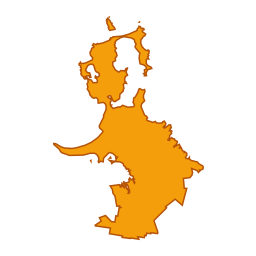 Clarence, Tasmania, Australia (Natural Earth projection), rotated 179°
{"feature_id": "25037944B57151940201314", "entity_name": "Clarence", "entity_type": "district", "adm_level": 2, "iso_a3": "AUS", "parent_name": "Australia", "parent_adm1": "Tasmania", "projection": "natural_earth1", "projection_center": [147.457, -42.874], "detail": "fine", "context": "isolated", "style": "filled", "palette": "amber", "viewbox_px": 256, "rotation_deg": 179, "n_neighbors": 0, "source": "geoboundaries", "source_scale": "gbopen_adm2", "svg_char_len": 5898}
<svg xmlns="http://www.w3.org/2000/svg" viewBox="0 0 256 256"><g transform="rotate(179 128 128)"><path d="M58.4,82.3L56.9,83.8L56.9,84.0L57.2,84.5L57.2,84.8L56.3,84.5L53.7,85.8L53.5,88.0L54.3,89.0L57.8,91.0L59.2,92.8L65.5,94.5L67.3,96.3L67.2,97.5L68.5,96.0L70.8,96.9L71.1,97.8L69.7,99.5L69.6,101.6L71.3,102.9L72.1,102.5L71.9,103.5L73.8,104.2L75.3,107.6L77.6,106.6L75.9,108.4L77.0,110.8L81.9,108.6L83.0,107.4L81.9,108.7L82.2,109.3L80.6,109.9L78.8,113.0L79.1,113.9L81.3,114.9L81.7,116.3L83.6,116.6L84.4,117.6L86.6,115.8L86.6,114.9L88.2,115.1L88.3,115.7L86.6,117.8L86.4,120.0L84.5,121.8L85.0,123.3L84.3,123.7L84.4,124.4L86.6,124.6L85.8,125.8L85.8,126.9L84.7,127.4L85.4,130.4L87.0,130.4L90.0,128.0L90.9,128.4L91.3,127.3L92.6,127.9L92.3,128.6L92.8,128.5L90.4,130.2L90.2,132.1L91.7,134.3L93.2,133.6L93.6,132.5L97.2,132.3L99.5,132.7L100.5,134.1L103.0,133.2L108.9,135.3L109.2,137.0L108.3,137.7L109.1,139.3L111.2,140.6L114.6,149.2L113.9,152.0L110.9,154.9L112.0,157.9L111.9,160.7L110.4,164.2L110.8,166.2L112.9,165.6L115.4,167.2L116.4,166.7L117.5,163.5L119.4,160.2L120.5,158.5L121.8,158.0L122.0,154.8L122.6,153.9L121.2,150.9L121.6,149.6L122.6,149.1L127.7,148.8L133.1,150.8L135.3,149.1L137.0,149.3L142.3,147.8L144.6,149.9L144.8,150.7L144.1,151.2L145.2,151.5L145.4,153.7L144.5,155.2L144.6,156.9L145.3,158.1L146.4,158.0L147.9,159.6L146.4,160.6L144.7,160.4L142.6,155.5L141.4,154.7L140.3,154.7L135.9,157.5L135.5,161.9L132.1,165.0L132.2,166.4L131.4,167.4L131.9,171.7L130.7,173.0L128.7,172.6L129.6,174.4L130.5,174.9L130.3,178.0L129.6,179.6L127.5,180.8L129.0,184.0L127.2,188.6L127.7,187.8L128.9,187.5L130.4,185.1L134.0,185.6L136.2,184.0L139.6,186.3L142.1,190.8L142.1,194.1L139.3,195.5L139.5,198.0L137.7,200.5L138.5,204.0L139.5,204.7L139.8,205.9L138.2,208.0L139.9,209.4L139.5,210.7L140.1,211.5L139.2,213.0L139.5,214.1L137.7,216.1L134.0,218.4L130.3,219.4L123.6,218.1L120.3,216.5L119.4,213.1L118.4,212.0L119.5,209.4L119.3,208.3L114.7,202.5L115.4,200.5L115.6,197.2L114.8,192.0L110.6,190.6L108.5,188.2L108.7,186.7L110.6,186.0L110.4,182.8L111.5,182.0L110.4,181.3L110.7,179.9L108.6,180.0L109.0,182.5L107.4,185.9L103.2,187.1L103.8,188.4L107.1,190.1L108.6,192.1L108.5,196.1L107.6,197.0L106.1,196.6L107.1,198.9L106.0,200.0L106.6,201.2L105.8,202.2L105.5,204.7L106.5,205.7L107.1,205.0L109.0,205.5L110.5,206.8L112.5,209.1L113.8,212.5L113.4,216.5L112.2,217.2L111.2,219.3L109.7,219.8L108.7,221.6L111.9,224.0L111.9,225.4L110.2,226.1L110.6,227.3L113.2,227.4L113.8,229.1L115.3,229.5L115.3,228.7L117.0,226.8L117.1,225.4L125.3,221.9L132.3,220.0L141.4,219.4L143.0,218.2L143.7,218.4L143.8,217.2L144.7,217.2L144.6,216.2L151.9,213.4L156.9,212.5L157.3,213.0L158.4,211.9L161.1,212.9L162.1,211.1L160.7,210.2L160.9,209.1L162.3,208.8L163.2,207.6L163.2,206.7L164.7,204.3L164.2,201.3L162.2,199.0L162.4,196.8L169.1,193.8L173.5,193.1L174.4,194.5L174.7,193.4L175.2,193.7L175.9,193.0L175.7,191.7L174.1,190.7L174.4,189.4L173.9,189.2L173.7,187.2L174.5,187.1L174.5,186.2L173.7,184.8L174.2,182.9L173.1,181.0L171.5,180.0L171.6,179.2L170.5,177.8L169.8,177.8L169.8,179.8L168.7,180.7L166.2,181.0L165.6,180.5L165.5,179.2L164.2,179.4L165.3,183.7L167.8,184.2L169.4,186.7L167.3,190.9L164.6,192.5L162.0,192.2L160.9,190.5L159.7,186.0L158.6,184.6L156.7,183.9L155.9,182.4L155.7,180.8L157.1,179.6L158.4,179.3L159.5,180.6L159.9,180.2L159.9,178.6L158.5,178.0L157.7,175.6L158.0,174.2L158.6,173.9L159.1,173.8L158.5,174.0L162.0,173.8L164.1,176.7L166.5,177.3L168.5,179.4L169.1,179.1L167.1,176.5L167.2,174.1L168.2,172.9L167.4,169.4L168.1,167.8L166.2,164.8L165.5,161.9L163.1,159.0L161.5,158.3L159.6,159.0L158.4,158.4L157.5,156.8L157.4,153.4L152.1,154.0L150.4,152.7L149.5,150.6L149.6,146.8L152.3,141.0L152.1,139.5L156.7,130.6L156.5,128.7L153.4,125.8L153.2,124.5L158.5,118.8L164.9,114.3L171.2,111.5L180.1,109.1L184.4,108.5L191.8,109.1L195.4,110.4L200.4,113.5L202.5,113.8L202.4,112.8L197.0,107.9L195.8,105.5L194.5,104.4L186.9,101.6L173.0,101.7L166.3,103.4L161.8,103.3L159.8,102.1L158.2,99.8L157.6,97.2L158.4,94.9L157.7,93.9L156.1,95.3L153.4,94.6L152.9,98.3L147.8,103.3L146.5,103.8L143.3,102.6L141.1,100.5L140.5,98.2L139.9,98.1L139.4,99.3L139.0,99.2L139.8,98.0L140.7,98.0L140.4,96.4L141.7,94.8L147.2,96.0L144.5,93.6L144.9,92.9L145.2,92.0L144.4,93.3L142.7,94.1L143.6,94.0L140.8,94.6L136.4,94.2L133.5,92.6L133.0,90.4L131.4,89.5L131.3,88.1L129.9,87.7L130.2,86.7L128.1,87.1L128.0,85.6L126.9,85.5L128.3,84.6L126.7,83.6L127.3,81.9L126.4,81.7L126.1,80.6L123.6,79.6L123.5,78.2L122.6,76.8L123.9,76.9L123.2,76.1L123.2,74.4L122.1,73.6L122.5,72.7L123.2,73.8L123.8,75.9L126.0,76.4L127.1,78.0L128.1,76.5L127.4,75.0L128.6,73.8L131.5,73.0L133.0,74.2L132.7,74.7L133.3,74.3L132.6,72.9L129.7,71.4L128.7,69.5L128.7,67.9L127.8,66.4L127.4,63.8L128.3,62.6L129.1,62.7L128.4,63.7L129.2,66.9L129.8,67.9L129.7,66.9L130.0,66.8L131.1,69.4L132.3,69.2L132.8,68.3L133.7,69.6L136.1,70.5L136.3,69.9L135.4,69.5L136.6,69.1L137.6,71.5L146.9,70.4L144.7,66.8L144.2,63.1L142.2,60.1L140.6,50.0L137.8,50.2L138.2,49.2L136.7,48.6L138.3,47.9L139.8,40.1L141.7,40.4L142.7,34.2L146.2,34.7L152.0,40.9L158.2,38.8L156.4,35.4L162.5,31.4L162.3,30.7L147.3,28.3L148.4,22.6L135.4,20.2L135.8,18.7L127.5,17.5L127.3,18.0L119.1,16.6L120.2,19.1L113.6,18.1L113.1,20.3L111.7,20.1L111.1,22.5L107.1,21.9L107.0,22.9L100.3,21.9L100.0,23.4L103.6,34.6L103.2,35.6L91.3,47.0L90.8,47.6L91.9,48.6L82.1,56.0L75.1,49.8L70.3,66.6L72.8,66.7L73.5,76.6L67.0,77.3L65.0,79.5L64.2,82.2L65.1,86.4L59.6,84.2L58.4,82.3ZM147.4,233.4L145.4,229.3L145.9,228.9L145.4,227.0L144.5,225.9L139.2,226.9L139.5,228.1L142.0,231.2L142.5,232.2L142.1,233.0L143.1,233.4L144.1,235.6L146.3,238.0L146.8,236.6L147.5,236.9L147.6,235.4L146.8,234.7L147.4,233.4ZM130.6,71.1L135.0,72.9L134.8,71.9L135.9,71.3L132.3,69.8L130.3,70.4L130.6,71.1ZM146.0,99.1L146.9,98.1L145.7,98.2L146.0,99.1ZM114.2,234.4L114.8,233.7L114.6,233.7L114.2,234.4ZM144.9,239.3L145.4,239.4L145.0,239.1L144.9,239.3ZM165.7,96.2L166.0,96.0L165.7,95.5L165.7,96.2Z" fill="#f59e0b" stroke="#b45309" stroke-width="1.5"/></g></svg>